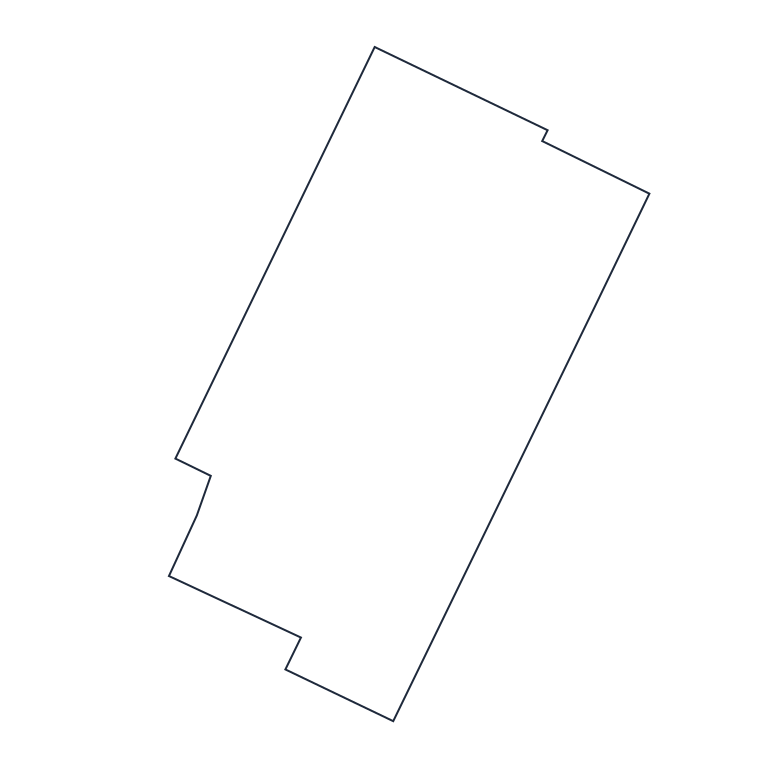 outline of Douglas, Illinois, United States of America, rotated 116°
{"feature_id": "52423323B58198584375209", "entity_name": "Douglas", "entity_type": "district", "adm_level": 2, "iso_a3": "USA", "parent_name": "United States of America", "parent_adm1": "Illinois", "projection": "robinson", "projection_center": [-88.204, 39.766], "detail": "fine", "context": "isolated", "style": "outline", "palette": "slate", "viewbox_px": 768, "rotation_deg": 116, "n_neighbors": 0, "source": "geoboundaries", "source_scale": "gbopen_adm2", "svg_char_len": 317}
<svg xmlns="http://www.w3.org/2000/svg" viewBox="0 0 768 768"><g transform="rotate(116 384 384)"><path d="M85.2,540.1L542.5,538.8L542.5,499.4L584.2,494.6L650.9,493.1L648.3,347.5L683.8,347.5L683.0,227.9L222.9,228.4L96.6,228.9L96.3,348.3L84.2,348.2L85.2,540.1Z" fill="none" stroke="#1e293b" stroke-width="2"/></g></svg>